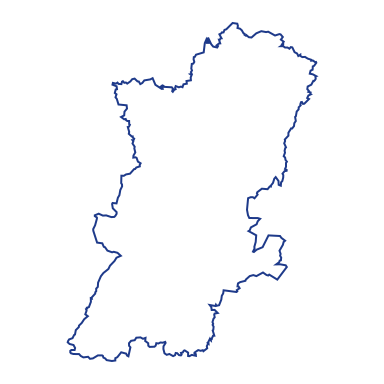 Monte Escobedo, Zacatecas, Mexico
{"feature_id": "50627088B79961961900141", "entity_name": "Monte Escobedo", "entity_type": "district", "adm_level": 2, "iso_a3": "MEX", "parent_name": "Mexico", "parent_adm1": "Zacatecas", "projection": "orthographic", "projection_center": [-103.457, 22.38], "detail": "fine", "context": "isolated", "style": "outline", "palette": "blue", "viewbox_px": 384, "rotation_deg": 0, "n_neighbors": 0, "source": "geoboundaries", "source_scale": "gbopen_adm2", "svg_char_len": 5914}
<svg xmlns="http://www.w3.org/2000/svg" viewBox="0 0 384 384"><path d="M277.3,279.6L286.8,267.0L285.7,265.3L280.2,264.3L276.2,264.4L279.2,262.2L279.7,260.6L280.9,260.3L281.2,257.6L280.1,255.7L280.6,253.9L279.5,250.7L282.9,244.8L283.6,242.0L285.1,240.7L281.4,237.9L280.0,236.0L268.5,235.4L262.6,247.2L256.6,249.7L253.9,252.0L253.0,251.6L254.6,248.3L254.3,247.0L255.7,242.0L256.2,235.3L248.6,231.1L249.7,230.4L250.9,227.4L256.6,224.3L257.7,221.3L260.1,218.8L257.9,218.1L249.3,218.0L248.0,215.2L247.0,209.8L248.1,198.2L250.7,197.2L252.9,197.2L254.5,198.3L257.6,194.6L256.9,193.3L257.3,192.2L261.9,188.7L267.6,189.2L269.7,186.5L270.9,186.5L270.8,185.7L273.0,182.9L274.3,178.7L275.7,177.1L278.5,181.0L278.7,184.8L280.8,185.7L281.1,182.3L282.3,181.1L283.2,177.6L283.3,175.1L282.5,173.7L284.6,171.1L286.6,170.8L286.7,170.0L285.0,169.0L286.0,166.8L286.0,162.9L286.9,161.7L285.5,159.9L285.1,157.5L283.7,156.2L285.0,152.7L284.6,150.8L285.2,148.2L286.0,147.4L284.2,143.3L285.1,141.0L284.8,139.5L288.4,135.7L288.4,132.8L291.1,128.4L292.1,128.5L294.0,126.1L294.3,123.2L295.8,121.0L295.1,117.0L295.9,116.1L296.7,111.5L298.6,109.4L298.7,107.3L300.7,105.3L300.3,104.3L301.0,102.2L301.9,102.0L303.0,103.9L304.3,103.7L309.0,99.0L307.2,98.0L308.4,95.5L310.9,94.3L310.3,93.9L310.6,92.5L308.4,91.9L309.0,91.1L307.3,89.1L307.7,86.5L311.3,84.7L313.3,80.9L313.9,81.1L315.0,80.0L315.7,78.8L315.4,76.6L316.3,76.2L312.8,74.3L309.8,73.7L310.0,72.8L310.6,70.6L312.6,69.7L312.8,66.4L314.1,65.8L316.3,62.8L316.0,62.0L315.2,62.2L313.1,60.6L311.2,60.7L311.3,59.8L307.7,58.6L305.0,56.9L302.3,57.1L300.3,55.9L300.3,54.7L298.3,56.0L297.1,53.5L294.6,52.2L292.3,47.4L290.8,47.1L289.4,48.7L287.5,47.5L285.0,47.5L283.2,46.2L280.8,46.2L283.2,44.6L283.2,43.7L282.4,43.8L283.7,41.7L280.9,39.6L282.8,37.0L280.6,34.4L279.4,34.1L275.0,35.5L268.2,31.7L266.1,32.1L261.3,31.2L256.3,33.3L251.5,37.5L248.8,37.2L246.4,35.1L245.9,35.7L244.5,34.8L244.6,33.8L243.5,33.3L241.8,30.3L240.0,28.7L237.5,28.0L237.9,25.8L237.3,23.7L232.6,23.0L226.3,29.3L224.5,29.9L223.5,32.4L221.9,32.4L221.5,33.2L219.4,34.3L221.5,38.3L220.5,38.4L219.7,39.9L219.0,39.8L220.2,43.4L218.8,43.6L216.7,45.3L218.0,46.1L217.2,47.5L213.2,46.6L211.2,44.2L208.4,38.3L207.1,38.6L208.5,42.9L206.8,42.9L206.2,39.9L204.8,43.1L203.7,52.4L196.0,54.7L194.9,56.8L193.8,57.1L193.6,59.4L194.3,61.9L193.3,63.6L191.8,63.9L191.3,68.6L192.0,70.5L190.9,72.1L191.7,73.9L190.3,74.2L191.6,75.1L190.7,77.4L190.9,80.3L186.5,81.0L186.8,83.7L183.5,84.3L182.5,87.2L181.0,86.6L178.9,87.3L175.7,86.1L175.1,87.9L175.6,89.2L174.2,89.8L172.8,91.8L172.2,91.2L172.9,88.6L171.8,87.3L163.2,86.8L163.4,85.8L162.4,85.4L160.8,86.6L162.0,87.0L162.7,88.8L161.7,88.9L155.4,84.8L152.6,78.2L150.3,79.4L144.3,80.4L142.3,83.0L140.3,84.1L138.8,81.5L137.5,81.4L134.6,78.6L132.2,79.2L130.4,81.4L127.2,83.6L125.9,82.5L124.3,82.8L122.9,81.2L122.0,81.7L121.4,84.1L118.5,83.9L117.5,82.6L116.0,83.6L112.9,82.9L112.5,84.7L116.6,86.3L117.0,89.2L115.7,89.5L114.8,93.0L116.5,94.3L115.5,97.3L116.8,98.9L118.5,104.5L126.6,105.3L127.0,108.6L124.5,111.6L124.2,115.4L121.1,117.0L124.2,119.3L125.7,119.0L126.1,120.2L127.3,121.0L129.1,121.0L129.2,124.2L129.9,124.8L128.9,126.7L127.8,127.0L129.2,131.9L128.8,133.8L131.8,136.5L132.7,136.4L132.9,137.7L134.2,138.7L133.5,140.2L132.5,140.2L133.3,141.4L132.5,143.5L134.7,146.8L134.3,148.3L135.3,152.4L133.5,155.5L133.3,157.6L135.6,157.3L136.6,157.9L137.9,161.6L140.6,163.3L139.7,164.9L139.8,166.4L136.3,167.5L135.1,169.0L134.1,169.1L130.0,173.7L126.1,174.4L123.8,175.8L121.4,175.7L121.2,183.2L122.0,184.4L122.1,186.4L120.3,190.0L119.4,195.2L117.9,197.7L116.5,203.4L112.6,203.0L112.1,204.0L112.8,208.3L116.6,212.1L116.6,213.8L115.4,215.8L114.3,216.9L111.4,217.1L106.2,215.4L102.9,215.6L98.7,213.7L94.8,215.3L94.8,216.1L96.9,217.5L96.9,218.7L95.1,225.3L93.2,229.1L93.3,230.8L97.1,242.6L102.3,243.3L103.8,246.8L105.0,247.2L107.4,250.6L112.1,252.3L113.7,251.8L117.5,252.8L120.8,255.8L116.5,257.7L114.5,261.0L110.0,265.7L108.4,269.0L103.4,273.0L100.9,276.2L98.1,282.6L97.8,286.9L96.2,288.6L96.2,291.2L95.3,292.2L95.2,293.6L91.6,297.6L91.8,298.5L90.8,298.2L90.9,301.8L88.9,307.1L86.9,307.7L87.1,308.5L86.0,309.1L86.6,310.6L85.3,314.3L87.8,316.2L84.2,319.2L81.7,323.0L79.0,325.6L78.8,327.1L75.8,330.1L75.0,334.5L74.1,335.0L72.5,338.2L69.1,339.4L68.0,341.2L67.7,342.3L69.6,344.0L73.5,345.0L75.1,348.0L74.6,350.0L71.4,350.0L70.3,350.8L70.3,352.4L71.0,353.3L73.4,354.0L79.1,354.1L80.8,356.0L83.4,357.4L88.1,356.8L90.0,358.8L92.9,358.4L97.9,355.4L102.1,355.4L102.9,355.9L103.4,357.6L105.3,358.5L106.6,360.1L111.9,361.0L115.3,360.5L115.3,358.2L117.3,357.2L121.2,352.3L126.1,353.6L127.1,355.6L128.4,356.3L130.4,347.3L129.1,345.8L129.0,343.2L131.1,340.8L134.7,340.2L136.3,337.7L140.5,337.4L143.0,338.8L145.5,337.9L145.2,341.0L148.2,343.2L148.3,345.7L149.6,346.9L154.5,346.7L155.7,345.6L156.3,343.2L158.4,343.5L160.4,342.5L162.8,342.7L165.2,341.9L165.6,342.9L163.5,346.3L163.4,349.0L164.5,353.3L166.7,354.8L169.4,354.0L173.1,356.1L175.0,355.2L175.7,353.0L177.2,353.2L179.0,355.1L180.9,355.4L181.6,354.6L181.0,352.9L182.7,352.5L183.8,350.7L184.7,350.4L188.1,352.6L188.1,356.0L189.3,356.2L191.8,354.9L195.9,355.8L195.8,354.1L194.4,353.2L194.5,352.6L198.2,350.1L200.7,350.8L202.8,350.2L203.4,351.2L207.2,348.3L206.8,346.2L207.9,344.0L207.4,342.0L208.5,343.2L208.4,341.8L209.5,339.6L209.7,340.9L210.0,339.7L210.8,340.4L210.7,339.6L211.3,339.4L210.8,338.7L211.8,338.6L213.0,335.8L214.3,335.7L212.7,330.4L213.3,329.8L213.6,326.7L212.6,324.9L213.2,323.9L212.5,322.1L213.5,318.7L214.7,317.3L214.2,314.7L214.6,313.6L217.7,313.0L214.6,309.9L211.7,310.0L211.3,307.1L209.7,305.0L215.4,306.0L215.9,304.7L216.6,305.8L219.1,305.2L221.3,299.6L221.8,295.8L223.2,293.4L223.6,290.3L236.5,292.0L237.3,291.3L236.8,290.1L239.6,288.2L238.6,286.6L237.5,286.4L238.0,283.4L240.2,282.1L245.4,280.8L245.8,279.6L249.7,276.1L253.3,275.1L256.4,276.1L263.0,272.5L266.5,275.0L268.2,275.5L269.2,274.6L277.3,279.6Z" fill="none" stroke="#1e3a8a" stroke-width="2"/></svg>